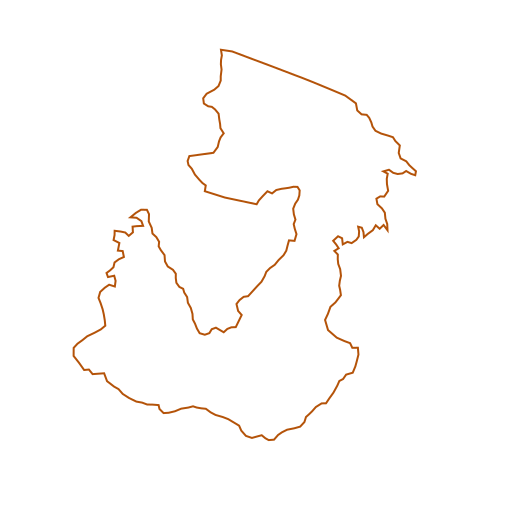 the district of São Lourenço do Oeste, Santa Catarina, Brazil, rotated 206°
{"feature_id": "56859067B44410485278405", "entity_name": "São Lourenço do Oeste", "entity_type": "district", "adm_level": 2, "iso_a3": "BRA", "parent_name": "Brazil", "parent_adm1": "Santa Catarina", "projection": "robinson", "projection_center": [-52.857, -26.469], "detail": "fine", "context": "isolated", "style": "outline", "palette": "amber", "viewbox_px": 512, "rotation_deg": 206, "n_neighbors": 0, "source": "geoboundaries", "source_scale": "gbopen_adm2", "svg_char_len": 3760}
<svg xmlns="http://www.w3.org/2000/svg" viewBox="0 0 512 512"><g transform="rotate(206 256 256)"><path d="M159.3,98.8L157.7,104.8L155.4,108.9L151.9,113.5L146.1,117.9L141.5,122.0L139.7,128.0L140.5,133.2L138.9,137.1L137.5,141.0L136.0,146.5L132.4,152.3L128.5,154.3L127.7,160.2L126.5,167.1L126.1,175.2L126.3,180.2L123.8,183.6L123.0,188.9L117.9,193.5L118.3,200.3L119.3,205.6L120.7,212.3L124.2,218.2L129.2,215.7L133.2,218.9L139.3,218.3L147.6,218.0L158.8,221.0L165.9,228.8L166.0,235.5L166.8,243.0L164.3,249.0L163.4,253.3L162.5,258.0L165.6,262.5L168.2,265.7L169.8,270.5L170.9,275.4L174.6,281.1L178.6,284.9L181.1,288.9L183.1,293.2L187.8,294.9L185.1,299.2L189.0,301.5L193.3,303.5L190.9,309.7L186.4,309.7L183.1,304.5L180.0,308.8L175.7,309.5L172.9,314.5L172.2,318.6L174.1,323.3L177.0,327.1L173.3,327.8L169.9,324.6L167.2,320.2L165.2,324.9L162.3,330.4L161.8,336.1L156.8,334.7L154.9,339.8L149.1,336.8L152.1,342.3L156.0,346.2L159.2,351.4L163.7,354.0L169.6,355.8L172.9,360.3L170.5,364.0L166.8,365.6L165.8,372.5L169.8,378.0L172.3,382.7L173.7,387.7L178.6,387.9L174.3,391.8L169.1,390.9L164.6,391.8L160.5,394.5L158.3,398.2L152.7,397.8L148.3,398.4L149.4,402.3L154.4,403.7L158.0,404.8L162.5,407.0L168.8,407.1L172.9,411.2L175.2,418.4L181.1,420.4L185.0,422.8L190.1,422.1L197.2,420.9L203.5,420.9L208.0,423.4L210.9,426.6L214.8,429.8L218.4,431.4L223.2,429.6L228.8,431.2L233.1,437.0L246.1,439.3L258.5,438.6L263.7,438.3L281.3,437.2L293.2,436.3L300.4,435.6L326.1,433.3L345.7,431.4L367.1,429.4L377.9,426.0L374.6,421.3L373.4,417.0L371.6,412.9L368.7,408.5L366.5,402.1L364.6,398.2L364.2,392.3L366.4,387.2L371.5,380.2L372.6,374.6L369.7,370.2L364.6,369.6L361.1,370.7L357.1,369.8L352.0,367.5L348.9,362.7L346.2,359.0L344.0,355.3L338.8,352.1L339.8,347.1L339.5,342.9L338.2,337.2L339.5,330.1L359.7,316.6L359.1,311.4L356.6,308.2L352.0,306.3L346.6,302.4L340.1,299.6L336.1,298.1L332.1,297.4L330.4,291.8L309.6,294.9L278.1,302.8L277.8,307.2L276.2,312.7L274.1,319.2L269.0,319.3L266.7,324.2L262.5,327.6L259.3,329.7L256.1,331.9L252.6,334.7L249.0,336.3L245.5,334.1L243.6,329.4L243.0,325.0L243.7,320.3L243.3,314.8L240.2,310.0L236.5,306.0L236.1,301.2L233.2,297.6L229.2,293.4L228.0,286.5L233.2,284.5L232.2,279.2L231.1,274.0L231.6,268.7L233.9,262.3L235.3,256.3L238.1,251.3L239.8,246.3L239.4,241.6L239.8,235.2L241.6,229.7L245.5,216.4L249.2,213.9L251.5,209.1L252.5,204.3L248.0,198.8L243.0,196.7L243.0,183.2L246.9,181.1L249.8,177.9L251.6,173.3L260.6,174.0L263.7,170.8L264.1,166.2L267.5,162.8L272.8,161.9L277.3,164.9L281.2,168.5L285.0,171.3L287.7,176.1L291.8,180.7L296.7,184.1L299.9,188.9L304.5,191.7L307.1,194.6L311.3,194.6L315.8,197.0L318.5,201.1L320.3,204.9L324.6,207.2L330.7,207.9L335.4,211.2L338.6,216.7L344.2,219.6L347.7,222.0L349.3,226.3L353.9,229.3L358.9,230.8L362.1,235.6L367.5,240.0L370.5,246.7L374.3,249.7L379.6,247.2L382.8,242.2L385.8,235.7L380.1,238.0L374.3,237.1L370.7,233.6L376.2,230.6L379.8,228.3L377.0,223.3L379.2,218.3L383.8,219.8L388.2,218.7L394.1,216.7L392.3,212.8L391.0,207.9L384.5,207.8L382.5,200.3L378.0,202.0L374.3,197.2L377.8,193.0L380.3,188.2L379.2,183.4L380.9,179.0L382.9,175.2L379.8,172.2L374.8,176.1L371.3,172.1L369.5,166.7L375.4,165.8L378.0,161.2L380.3,155.4L379.2,149.3L375.1,145.6L370.5,140.9L367.2,136.8L363.8,132.0L360.9,127.3L363.3,122.0L367.4,116.3L372.5,109.9L375.1,104.3L378.0,98.9L379.6,93.5L376.1,86.2L368.4,82.5L360.5,78.2L356.4,80.7L351.1,78.2L341.1,84.0L335.0,78.2L326.3,76.4L321.2,76.1L315.3,73.6L307.8,72.7L299.7,72.7L294.1,74.3L288.7,74.8L284.0,77.0L278.2,79.3L275.7,76.2L270.2,74.3L265.8,76.8L260.8,80.9L256.3,86.0L250.4,90.1L246.7,93.3L242.9,93.8L238.4,95.1L234.1,96.7L228.3,95.6L222.7,95.4L215.3,96.7L209.4,97.2L196.8,96.1L192.7,92.6L186.2,89.9L179.9,90.7L176.2,94.0L172.3,97.4L167.7,96.3L163.9,96.1L159.3,98.8Z" fill="none" stroke="#b45309" stroke-width="2"/></g></svg>